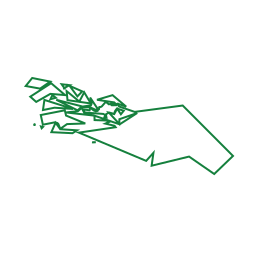 the district of Bagerhat, Khulna, Bangladesh, rotated 101°
{"feature_id": "16705992B77600989823530", "entity_name": "Bagerhat", "entity_type": "district", "adm_level": 2, "iso_a3": "BGD", "parent_name": "Bangladesh", "parent_adm1": "Khulna", "projection": "natural_earth1", "projection_center": [89.774, 22.348], "detail": "medium", "context": "isolated", "style": "outline", "palette": "green", "viewbox_px": 256, "rotation_deg": 101, "n_neighbors": 0, "source": "geoboundaries", "source_scale": "gbopen_adm2", "svg_char_len": 1964}
<svg xmlns="http://www.w3.org/2000/svg" viewBox="0 0 256 256"><g transform="rotate(101 128 128)"><path d="M135.4,19.6L95.5,78.6L110.9,124.5L108.6,140.9L106.3,142.6L107.8,143.7L108.8,148.2L108.6,148.6L108.0,148.4L105.9,145.8L108.4,151.3L106.5,154.8L111.7,157.8L112.5,158.7L112.9,160.1L114.7,160.1L114.2,161.9L116.0,160.8L117.1,161.4L117.7,162.9L117.3,165.1L115.3,168.8L118.0,169.1L118.2,174.6L121.1,173.8L118.9,154.9L119.7,152.7L121.8,153.2L121.9,151.1L118.8,152.3L116.4,149.6L116.8,144.3L114.1,144.0L112.2,143.2L111.0,142.5L111.9,135.5L115.9,137.6L111.1,142.3L117.0,144.2L116.6,149.6L125.6,137.4L121.0,138.1L111.5,121.8L126.0,136.9L122.3,163.3L126.6,162.3L124.8,150.9L125.4,147.3L128.0,151.1L128.4,141.6L129.6,140.3L141.9,175.3L156.8,103.9L147.5,98.3L160.5,97.6L144.4,62.6L156.7,34.6L135.4,19.6ZM135.8,188.6L131.7,170.8L127.6,191.2L122.7,193.4L131.9,216.1L141.0,212.2L136.3,200.7L136.6,198.3L137.3,197.2L141.7,194.3L135.8,188.6ZM107.7,196.0L98.7,212.0L115.9,229.9L119.9,223.1L109.3,210.7L107.7,196.0ZM114.2,162.2L105.3,171.0L109.8,168.4L112.8,168.7L115.6,176.6L114.0,203.8L120.3,180.8L116.3,177.9L115.0,168.8L116.7,161.5L114.2,162.2ZM111.0,169.2L101.3,177.8L111.3,180.8L103.5,195.3L112.2,192.7L111.0,169.2ZM124.6,192.0L122.3,163.8L122.0,173.4L117.1,177.3L121.1,180.4L124.6,192.0ZM122.1,204.0L119.8,185.6L116.4,215.4L126.6,214.9L122.1,204.0ZM97.3,213.2L97.2,231.6L106.3,236.4L106.1,221.8L97.3,213.2ZM136.6,200.1L146.7,202.4L143.7,181.5L140.0,177.6L142.1,194.3L136.6,200.1ZM106.1,142.7L107.4,133.8L98.7,149.4L106.2,163.8L105.5,146.4L106.1,145.5L108.6,148.3L106.1,142.7ZM97.8,193.3L106.6,183.7L100.8,179.9L97.8,193.3ZM97.7,201.5L100.9,198.2L97.1,193.5L97.7,201.5ZM110.1,208.5L114.5,209.6L112.1,204.6L110.1,208.5ZM143.7,220.2L141.5,220.2L142.5,220.7L143.7,220.2ZM143.1,213.7L144.7,212.7L143.2,211.7L143.1,213.7ZM148.9,159.9L148.1,156.9L148.8,160.4L148.9,159.9ZM101.0,198.9L101.5,198.3L101.2,198.0L101.0,198.9Z" fill="none" stroke="#15803d" stroke-width="2"/></g></svg>